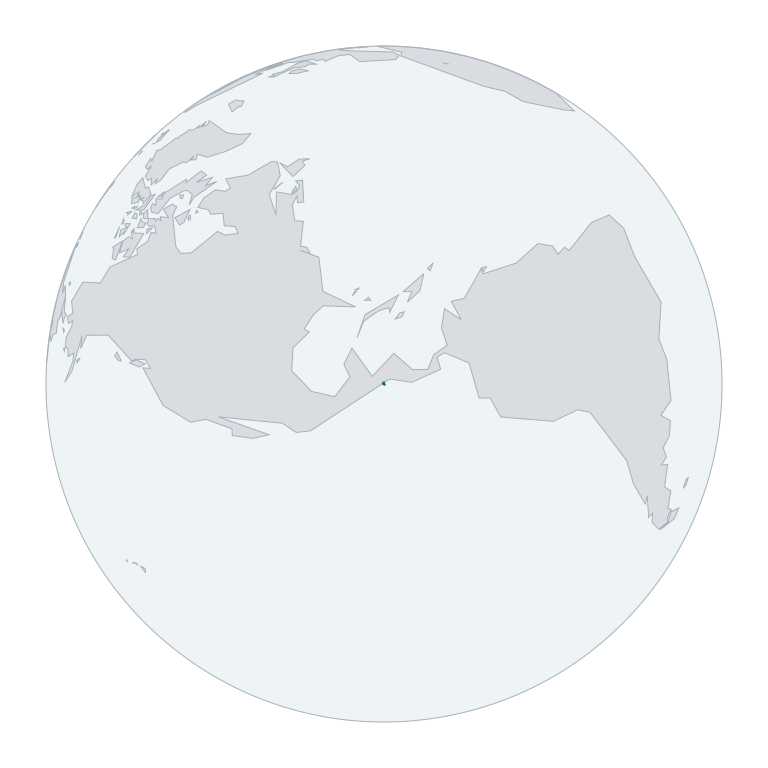 San Vicente on an orthographic globe, rotated 307°
{"feature_id": "SLV-1353", "entity_name": "San Vicente", "entity_type": "Department", "adm_level": 1, "iso_a3": "SLV", "parent_name": "El Salvador", "parent_adm1": "", "projection": "orthographic", "projection_center": [-88.756, 13.536], "detail": "fine", "context": "on_globe", "style": "filled", "palette": "teal", "viewbox_px": 768, "rotation_deg": 307, "n_neighbors": 0, "source": "natural_earth", "source_scale": "10m", "svg_char_len": 8804}
<svg xmlns="http://www.w3.org/2000/svg" viewBox="0 0 768 768"><g transform="rotate(307 384 384)"><circle cx="384" cy="384" r="338" fill="#eef3f6" stroke="#a8b0b8"/><path d="M445.4,413.4L437.4,410.1L429.9,420.4L402.0,405.1L391.3,385.4L302.3,353.5L292.5,343.1L291.5,326.5L258.0,271.3L274.3,322.7L262.0,312.4L251.5,293.9L256.7,289.6L248.7,263.1L237.2,252.7L233.9,220.5L251.8,181.8L255.9,188.1L259.8,179.0L254.8,171.1L250.6,168.3L257.1,134.4L244.0,117.2L229.7,120.4L240.8,113.8L206.8,127.0L193.1,128.0L214.9,121.9L221.9,117.7L215.8,115.2L221.7,110.6L222.2,107.1L229.8,102.1L241.9,100.1L247.1,97.2L242.4,95.7L247.2,90.7L253.2,93.0L262.1,84.7L284.0,82.2L293.9,96.6L312.4,94.8L339.3,109.3L343.1,105.2L355.8,109.5L364.9,106.7L367.3,111.2L372.5,105.3L368.6,101.8L369.5,98.3L374.5,96.6L378.5,101.7L376.5,103.3L380.3,104.0L380.1,107.4L383.0,104.8L387.2,111.8L390.6,102.7L400.1,106.5L400.9,111.8L391.0,114.0L368.3,135.2L366.0,143.1L372.7,151.1L405.8,159.3L407.3,167.6L416.5,176.9L420.2,170.5L414.3,161.2L423.4,152.6L415.1,143.3L417.6,138.8L413.0,129.2L424.2,128.1L437.7,132.6L442.1,141.0L448.1,143.6L452.5,134.2L468.9,149.6L494.1,160.4L497.2,165.3L487.9,175.8L466.2,178.3L454.1,196.0L472.7,182.5L480.1,196.6L485.8,198.5L491.7,197.1L493.0,191.2L497.8,196.1L481.2,210.3L476.7,206.0L481.9,201.2L471.8,203.0L460.7,214.5L465.4,221.7L443.7,234.4L446.7,240.1L443.7,246.7L440.3,236.5L446.0,255.7L421.2,279.5L428.5,314.9L409.8,288.3L396.0,285.9L379.7,287.3L380.6,293.0L358.0,289.6L339.1,302.3L334.5,330.7L344.2,352.3L369.2,352.5L375.6,340.1L393.3,336.9L383.0,370.1L414.4,373.4L412.6,398.1L422.1,410.2L437.2,406.1L453.0,411.2L463.4,396.2L480.5,387.1L481.9,406.9L490.5,388.0L500.7,396.6L534.1,392.2L531.8,397.0L560.1,416.8L588.9,422.5L595.6,435.7L592.3,445.0L601.8,445.8L601.9,451.5L637.8,452.5L654.5,462.1L652.7,481.7L636.5,507.7L616.2,556.0L585.5,576.3L574.0,594.9L543.7,623.1L525.6,623.9L527.1,634.9L513.9,643.2L501.1,645.2L495.8,653.3L486.2,654.4L490.4,658.9L470.6,670.1L471.3,677.3L455.8,685.5L456.6,689.3L452.3,689.6L446.7,691.4L444.8,693.7L433.4,690.8L434.8,681.6L442.3,676.3L436.6,675.8L453.0,661.6L445.3,664.8L454.5,643.3L468.9,623.9L485.4,565.6L479.9,554.1L456.1,541.7L427.9,497.1L436.7,477.3L430.0,468.4L452.0,439.2L445.4,413.4ZM89.9,306.8L92.0,299.1L92.9,304.5L89.9,306.8ZM91.8,294.0L91.4,296.7L91.4,294.4L91.8,294.0ZM90.9,292.1L91.6,293.5L90.5,292.7L90.9,292.1ZM89.4,290.6L90.3,291.1L90.1,291.3L89.4,290.6ZM428.0,327.1L463.8,341.9L444.6,345.4L448.1,342.0L438.8,335.5L421.8,330.0L404.7,334.7L428.0,327.1ZM88.0,285.8L87.8,284.4L88.9,284.1L88.0,285.8ZM441.3,306.4L435.2,305.5L441.0,305.0L441.3,306.4ZM247.8,168.1L254.1,171.6L256.4,181.0L250.4,178.4L247.8,168.1ZM244.3,152.0L248.9,151.7L244.2,160.3L243.0,157.7L244.3,152.0ZM218.1,124.4L222.1,125.6L216.1,126.2L218.1,124.4ZM220.9,107.5L217.9,108.9L219.4,106.6L220.9,107.5ZM407.1,130.6L410.0,129.9L409.4,132.0L407.1,130.6ZM402.4,127.3L399.6,130.2L397.0,129.2L398.8,127.3L402.4,127.3ZM232.5,97.1L235.8,93.5L234.5,96.7L232.5,97.1ZM406.5,124.0L392.6,126.9L388.0,125.1L391.0,116.9L406.5,124.0ZM239.2,91.3L247.2,83.6L241.1,85.6L262.7,76.7L248.8,85.5L248.1,88.9L244.4,88.8L239.2,91.3ZM365.1,101.5L369.5,105.1L361.2,103.8L365.1,101.5ZM359.6,101.6L332.6,104.6L328.6,99.2L338.4,98.9L329.5,93.9L340.8,89.6L348.3,91.5L348.6,95.7L352.7,91.0L359.6,101.6ZM273.4,73.6L277.1,71.9L275.5,73.4L273.4,73.6ZM369.3,96.8L364.2,97.6L360.3,92.8L369.8,90.4L368.0,92.7L369.3,96.8ZM321.6,94.9L320.5,91.4L329.3,86.9L330.0,85.0L340.7,89.1L321.6,94.9ZM371.4,92.9L374.7,89.5L381.1,90.4L374.0,95.8L371.4,92.9ZM355.3,92.7L354.0,90.5L357.8,90.8L355.3,92.7ZM405.6,92.9L399.6,93.3L397.1,90.7L405.6,92.9ZM375.6,88.2L373.3,87.9L371.7,87.1L375.1,85.2L375.6,88.2ZM346.2,86.0L350.1,85.1L342.3,84.0L348.6,81.1L354.6,84.6L354.6,81.9L356.6,81.0L359.3,84.9L346.2,86.0ZM373.6,81.1L383.4,85.4L395.1,85.0L397.6,87.1L378.3,87.5L373.6,81.1ZM364.9,82.9L370.9,82.2L371.1,84.8L367.1,87.0L364.9,82.9ZM350.7,78.1L339.5,81.6L338.5,80.8L350.7,78.1ZM376.9,80.3L374.5,79.4L377.7,80.0L376.9,80.3ZM358.7,78.0L354.9,79.2L353.9,78.2L358.7,78.0ZM372.8,76.7L376.0,77.9L373.4,79.3L372.8,76.7ZM366.3,76.8L365.9,75.2L370.6,79.0L364.8,77.5L366.3,76.8ZM358.4,76.9L356.6,76.7L360.2,76.5L358.4,76.9ZM380.7,71.3L387.2,75.8L381.5,78.5L376.0,73.7L380.7,71.3ZM451.2,696.9L433.7,692.2L444.1,694.3L454.6,690.2L462.5,694.0L451.2,696.9ZM480.6,685.7L490.8,682.6L492.2,683.4L485.5,685.8L480.6,685.7ZM617.5,139.7L614.8,137.3L622.0,144.2L624.5,146.7L631.6,154.1L623.4,146.8L630.7,157.8L654.6,191.5L655.7,198.5L650.1,198.0L626.8,170.5L626.7,158.3L618.5,149.9L605.9,142.6L607.0,140.0L601.9,136.0L600.6,131.8L586.6,118.4L583.4,114.2L566.0,102.7L562.0,99.4L573.5,106.8L579.7,110.4L570.5,102.2L565.2,98.8L554.7,92.4L553.9,91.9L576.3,106.2L597.6,122.1L617.5,139.7ZM549.8,89.5L544.4,86.6L540.4,84.5L549.8,89.5ZM535.5,82.0L539.2,84.2L527.0,78.4L513.8,72.4L510.8,71.5L532.3,81.6L539.9,85.3L544.7,87.4L566.3,100.2L572.1,104.6L553.5,94.7L559.6,100.4L542.5,91.6L494.9,67.2L481.2,61.5L483.1,60.9L496.5,65.4L497.7,65.8L499.3,66.3L535.5,82.0ZM380.5,46.1L367.7,46.6L351.9,47.6L352.6,47.5L380.5,46.1ZM329.3,50.5L328.2,50.7L327.4,50.9L329.3,50.5ZM311.9,53.9L303.5,55.9L308.2,54.8L308.5,54.8L281.5,63.8L272.7,66.8L263.8,72.1L265.0,72.1L271.0,70.0L262.7,76.7L241.1,85.6L239.4,84.9L227.0,91.8L224.9,89.9L217.5,92.3L222.4,87.8L216.1,90.9L211.9,93.4L200.2,100.4L199.2,101.1L221.7,87.6L234.9,81.9L229.0,83.9L235.8,80.6L237.0,79.8L235.2,80.6L260.0,69.6L285.6,60.7L311.9,53.9ZM719.8,346.1L716.6,371.7L711.0,362.4L693.3,325.2L690.5,304.4L681.8,284.5L656.1,200.0L659.7,198.6L649.8,175.6L650.2,175.9L661.3,190.9L661.4,191.0L674.3,211.1L685.8,232.1L695.8,253.8L704.3,276.2L711.1,299.1L716.3,322.4L719.8,346.1ZM675.6,237.5L678.8,243.5L675.6,237.5ZM535.1,391.8L539.3,395.2L534.0,395.9L535.1,391.8ZM442.6,353.8L449.9,353.7L453.9,356.6L448.5,357.9L442.6,353.8ZM502.2,349.3L510.3,350.3L502.2,352.7L502.2,349.3ZM469.3,343.7L495.8,349.4L480.1,356.6L463.2,353.4L474.5,350.7L469.3,343.7ZM439.2,318.1L443.9,319.3L442.9,323.0L439.2,318.1ZM445.6,306.2L443.8,306.6L441.3,303.8L445.6,306.2ZM481.1,195.7L482.6,194.8L488.8,194.6L486.5,197.3L481.1,195.7ZM512.3,180.8L519.3,189.2L512.7,184.6L511.0,189.3L495.0,186.5L497.9,167.6L499.4,176.3L512.3,180.8ZM474.4,178.8L484.3,181.8L473.4,179.3L474.4,178.8ZM574.9,121.4L578.5,121.9L585.0,127.1L588.9,135.3L579.6,127.5L574.9,121.4ZM582.2,121.7L562.6,111.1L559.4,106.5L564.5,110.7L564.4,108.7L572.5,115.1L588.6,122.2L595.3,127.5L598.9,137.9L594.0,131.2L590.7,130.7L582.2,121.7ZM518.4,101.1L509.9,98.9L513.9,91.4L521.4,94.5L525.8,102.0L519.5,102.9L518.4,101.1ZM414.3,110.1L410.8,111.5L409.7,109.8L411.8,107.3L414.3,110.1ZM403.0,93.3L428.6,103.0L425.8,104.8L444.1,109.6L444.0,116.6L432.2,113.0L445.8,122.6L435.1,122.2L445.1,128.5L418.8,119.9L409.7,120.7L419.9,116.9L420.2,110.3L417.6,107.7L403.5,101.4L384.1,101.0L381.4,95.3L384.6,91.3L388.8,90.5L389.3,94.3L394.6,90.6L398.5,95.6L403.0,93.3ZM423.6,61.9L422.4,64.4L433.8,62.0L437.7,65.2L438.8,64.7L445.6,67.3L455.6,69.9L456.0,71.5L459.8,71.9L464.3,74.0L469.6,75.3L472.1,78.8L478.8,80.9L476.2,81.5L487.0,84.2L480.1,83.9L485.3,87.2L489.3,85.8L489.8,106.7L495.4,117.3L503.9,126.9L490.9,126.3L474.6,117.7L458.7,106.3L455.2,96.8L450.0,98.9L446.7,95.1L452.2,95.1L441.8,93.1L440.6,90.1L426.5,83.0L412.2,83.0L406.7,80.8L411.7,79.4L402.7,78.4L408.3,74.5L404.5,73.0L406.3,68.3L418.2,67.2L413.0,65.7L414.1,62.7L423.6,61.9ZM381.6,69.9L394.9,66.7L403.6,67.2L396.9,75.5L399.5,77.3L395.5,83.7L383.0,83.1L385.3,81.2L384.6,79.3L388.8,80.2L384.9,78.1L388.0,75.7L385.8,73.6L390.7,73.0L381.6,69.9ZM637.4,161.5L635.8,159.3L643.1,167.5L643.9,168.8L637.4,161.5ZM628.6,151.7L635.1,158.6L632.1,155.6L628.6,151.7ZM571.3,104.9L568.9,102.8L571.1,104.0L575.3,107.0L571.3,104.9ZM458.2,59.2L456.1,59.7L453.8,59.1L443.9,58.5L440.2,56.7L444.7,56.3L458.2,59.2ZM452.5,57.1L448.8,57.0L449.2,56.2L452.5,57.1ZM437.0,55.4L436.4,54.4L438.6,56.5L437.0,55.4ZM446.6,51.9L434.7,50.0L415.5,47.6L433.5,49.7L435.7,50.1L446.6,51.9ZM373.9,46.4L372.2,46.8L367.9,46.8L367.6,46.7L373.9,46.4ZM376.5,46.4L384.1,46.9L379.8,47.3L374.7,46.8L376.5,46.4ZM418.9,50.0L424.5,50.5L424.0,51.0L418.9,50.0ZM274.6,72.1L276.9,71.9L273.1,73.1L274.6,72.1ZM311.4,54.2L311.2,54.5L306.7,55.5L311.4,54.2ZM308.1,56.2L313.3,54.8L309.1,56.2L308.1,56.2ZM324.7,52.0L316.0,54.2L322.4,52.2L324.7,52.0Z" fill="#d9dde1" stroke="#a8b0b8" stroke-width="1"/><path d="M383.7,385.6L383.6,385.4L383.8,385.3L383.8,385.2L383.8,384.9L383.9,384.7L383.7,384.6L383.6,384.4L383.6,384.2L383.7,383.9L383.6,383.6L383.4,383.6L383.2,383.6L383.2,383.4L383.3,383.1L383.5,382.7L383.9,382.4L384.0,382.5L384.0,382.4L384.3,382.4L384.5,382.4L384.6,382.5L384.8,382.6L385.0,382.7L385.3,382.7L385.3,382.8L385.5,383.0L385.2,383.4L385.1,383.5L384.9,383.7L384.7,383.8L384.5,384.1L384.5,384.3L384.2,384.8L384.2,385.1L384.0,385.3L383.9,385.4L383.7,385.5L383.7,385.6Z" fill="#14b8a6" stroke="#0f766e" stroke-width="1.5"/></g></svg>